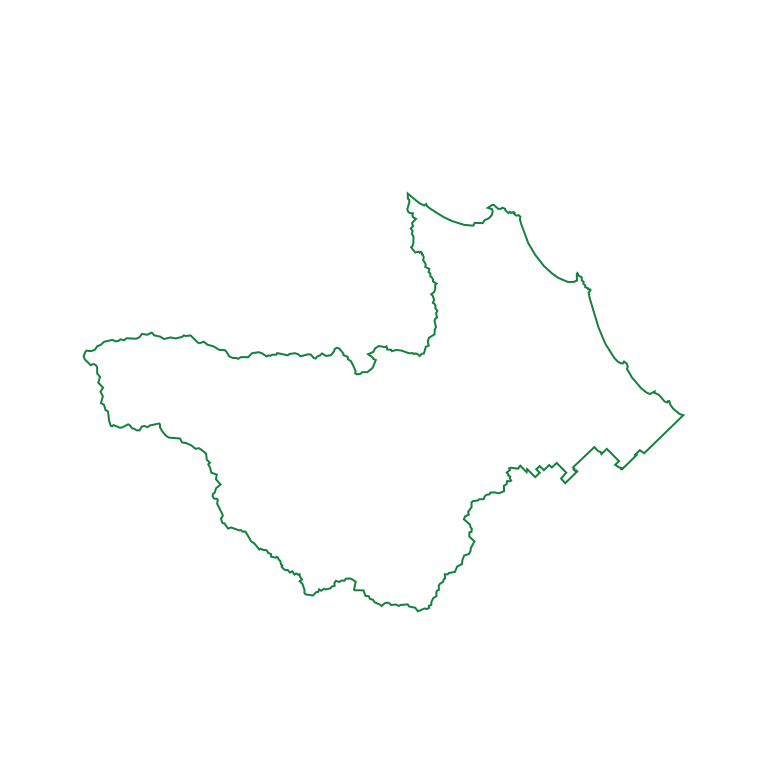 Kempsey, New South Wales, Australia, rotated 306°
{"feature_id": "25037944B28322742618410", "entity_name": "Kempsey", "entity_type": "district", "adm_level": 2, "iso_a3": "AUS", "parent_name": "Australia", "parent_adm1": "New South Wales", "projection": "natural_earth1", "projection_center": [152.697, -30.906], "detail": "fine", "context": "isolated", "style": "outline", "palette": "green", "viewbox_px": 768, "rotation_deg": 306, "n_neighbors": 0, "source": "geoboundaries", "source_scale": "gbopen_adm2", "svg_char_len": 6166}
<svg xmlns="http://www.w3.org/2000/svg" viewBox="0 0 768 768"><g transform="rotate(306 384 384)"><path d="M181.3,400.4L180.1,401.8L179.9,404.0L177.3,407.0L177.4,408.5L175.9,408.7L175.3,412.1L175.7,414.1L176.9,415.4L176.2,418.8L178.6,419.9L177.2,423.5L179.1,424.3L179.3,426.8L180.5,427.5L178.9,429.0L177.6,432.5L174.9,431.7L174.3,435.6L170.5,440.9L168.2,442.4L167.7,444.2L171.2,450.9L175.8,451.5L177.2,453.0L179.7,452.2L179.7,454.6L183.1,455.9L183.4,457.5L187.3,460.8L189.6,460.9L191.7,462.7L193.7,460.9L196.5,460.8L197.5,464.2L200.0,465.1L201.6,467.6L204.0,467.6L206.5,470.5L207.3,472.9L207.4,477.4L200.2,480.5L200.0,481.6L205.0,488.7L201.7,493.5L203.3,496.3L201.9,499.3L203.0,501.9L201.9,504.8L203.2,510.8L202.9,512.5L207.0,513.5L209.0,515.1L209.8,517.8L209.3,519.5L212.5,523.2L213.2,526.5L214.9,527.3L219.6,532.6L218.8,535.2L221.4,540.8L220.0,545.0L226.3,548.8L227.2,551.0L229.3,552.1L230.8,550.7L233.1,552.1L235.4,550.5L239.7,549.7L243.2,551.2L246.3,548.7L247.9,548.4L249.7,549.4L253.1,546.8L255.5,546.7L258.7,548.1L260.9,547.1L262.7,547.6L265.8,545.0L267.4,547.4L269.2,547.5L273.6,551.8L279.3,550.5L284.3,552.9L287.6,550.9L292.4,549.7L296.3,552.6L299.4,552.3L302.3,550.7L309.9,549.6L310.7,542.6L314.2,540.3L315.7,541.7L318.6,540.1L318.9,538.3L320.9,536.0L321.5,528.1L324.4,527.4L328.1,529.4L330.0,527.2L335.9,527.2L339.7,524.4L341.6,524.8L344.8,528.3L346.6,528.6L349.4,532.3L352.2,531.5L354.8,532.1L356.7,534.2L358.7,533.9L361.4,537.3L363.0,541.1L367.9,544.2L372.1,540.8L374.9,542.1L377.9,540.7L379.3,543.1L380.6,543.6L381.7,541.1L383.3,540.6L383.1,538.1L384.1,537.6L384.4,535.4L388.6,536.4L389.3,534.8L390.8,535.7L394.2,542.2L398.0,542.3L396.5,551.2L399.3,549.9L397.5,561.1L403.7,562.2L404.5,557.3L409.1,558.2L408.2,564.0L415.6,565.3L415.1,568.9L421.6,570.1L419.4,583.6L411.6,582.8L410.3,588.9L426.8,591.7L427.0,590.2L426.0,590.0L426.3,587.7L427.3,587.8L427.6,585.9L456.6,591.3L455.6,596.8L456.3,599.4L455.1,601.1L462.5,602.4L459.7,619.5L454.5,618.5L454.7,623.2L455.7,625.5L454.5,625.8L454.8,626.7L474.5,630.0L475.0,630.0L474.5,628.8L480.8,629.9L480.9,635.2L534.7,644.5L533.5,640.9L534.0,632.5L535.5,627.8L537.9,624.8L537.2,623.9L535.6,624.1L534.8,621.4L536.8,612.7L535.9,608.1L537.1,607.3L532.3,605.2L531.4,601.4L531.7,594.7L535.1,580.5L539.1,571.6L541.2,571.1L543.2,568.5L543.0,565.6L544.1,564.9L541.0,565.1L539.9,563.2L539.5,560.2L540.4,555.1L546.7,539.3L555.9,524.2L574.7,499.5L578.4,495.7L580.9,496.1L581.8,495.4L580.6,493.5L581.4,492.9L580.6,489.9L582.2,488.8L582.2,486.4L584.0,485.4L584.0,483.1L586.5,481.3L586.1,477.7L587.4,475.3L586.4,475.2L581.1,479.3L578.0,477.4L574.6,472.7L572.3,462.4L572.2,455.1L573.4,444.2L577.3,430.6L582.7,418.0L594.5,400.3L597.3,397.0L599.6,395.9L599.5,394.0L600.3,394.3L598.0,392.1L598.2,389.0L599.2,389.0L599.2,387.6L597.0,386.3L597.3,384.8L595.5,384.1L595.8,380.2L596.9,378.9L596.3,376.2L594.9,376.0L592.8,373.5L593.4,367.8L592.6,366.4L587.5,364.4L588.9,368.7L587.2,370.7L584.3,371.9L579.8,371.5L575.8,369.1L572.1,369.2L567.7,362.7L564.6,363.2L559.8,355.2L555.8,343.3L554.0,333.6L553.0,317.7L553.4,313.8L554.3,312.3L552.1,311.7L551.1,306.4L552.0,291.3L548.0,294.4L547.8,296.2L546.4,297.4L538.8,300.3L537.5,302.5L537.5,304.6L539.1,307.1L536.9,308.0L536.0,309.4L536.4,312.9L531.6,312.1L530.4,312.3L528.7,314.8L525.5,314.2L524.6,317.2L521.7,318.5L520.7,321.2L515.1,325.0L512.3,326.0L510.6,325.5L508.7,331.9L511.4,334.4L511.2,335.8L512.6,336.1L512.2,337.9L511.1,338.6L511.4,339.4L510.0,341.6L507.3,342.8L505.4,347.4L502.9,348.6L503.8,353.1L500.8,354.2L500.5,356.7L498.2,358.3L498.4,359.9L497.4,362.2L495.8,363.3L496.1,367.6L494.2,367.2L490.6,369.8L487.9,370.5L484.3,369.5L484.0,371.5L481.6,375.1L478.4,375.8L478.5,377.7L477.5,379.7L475.3,381.2L474.6,384.2L471.8,384.6L468.9,387.8L466.8,387.1L464.6,387.9L460.7,392.5L457.6,393.2L453.8,395.7L447.9,393.2L444.2,394.4L441.3,397.6L438.6,396.0L432.0,398.4L430.7,396.8L427.5,396.4L428.0,393.8L427.3,391.5L425.7,390.7L425.9,389.1L423.6,386.3L421.4,378.6L418.8,374.0L415.1,371.0L415.9,369.6L413.8,366.5L415.9,363.9L414.5,363.4L411.7,357.5L407.7,355.9L403.7,356.5L398.7,353.6L398.8,359.3L398.0,360.8L398.6,363.3L390.4,365.3L383.8,363.6L380.6,359.3L378.5,359.1L375.9,356.4L375.7,354.5L377.7,353.5L381.2,347.6L383.1,343.5L382.8,340.5L384.6,338.6L383.5,334.1L384.7,333.4L386.4,327.0L385.6,324.6L383.2,323.5L381.3,324.4L376.0,324.1L372.6,320.6L372.3,315.9L369.6,315.5L367.0,313.8L364.4,313.7L363.7,311.7L364.8,307.5L363.4,305.1L357.3,300.1L357.7,297.2L356.6,293.9L352.7,289.8L350.7,289.4L346.2,279.4L344.3,279.6L342.0,276.3L340.1,275.6L339.4,273.9L337.2,272.7L337.2,267.5L336.0,263.8L331.1,259.0L325.9,258.4L321.7,252.5L318.6,251.2L318.2,249.1L316.2,246.5L315.4,242.6L317.6,237.3L317.8,235.1L314.8,230.6L314.2,223.8L312.0,218.0L312.3,213.4L308.7,210.9L308.1,209.2L309.6,199.0L306.3,195.4L305.7,193.5L303.3,192.9L298.3,188.5L296.1,183.8L291.1,179.6L290.8,175.2L288.3,169.5L289.1,165.9L284.8,163.6L282.2,158.8L278.1,158.7L274.9,156.8L269.7,148.8L266.6,148.0L265.2,144.5L262.8,143.9L260.8,141.8L260.1,138.4L253.6,132.7L249.4,131.9L245.7,129.8L241.8,130.0L238.3,127.6L236.2,123.7L234.4,123.5L230.0,124.6L228.1,127.4L226.8,135.5L229.6,137.4L229.8,140.1L228.9,142.1L223.9,145.8L222.9,150.0L217.1,152.1L215.8,159.0L211.1,159.1L208.8,163.8L202.2,166.2L202.5,169.7L199.1,174.2L199.7,175.8L199.1,177.3L192.7,183.2L189.5,187.6L190.3,189.1L191.8,189.3L193.4,196.1L195.4,198.0L201.0,200.7L201.2,202.9L200.0,206.3L200.9,207.8L201.1,211.1L202.8,213.5L207.2,213.1L209.2,214.8L210.0,218.1L212.9,219.0L219.9,225.3L219.7,226.4L217.3,228.3L215.4,232.4L214.0,237.9L214.2,241.6L220.0,250.9L218.1,255.1L220.0,259.0L221.1,264.3L220.8,269.6L223.4,272.2L223.4,277.4L223.1,281.0L218.6,285.1L218.0,289.4L215.8,289.0L213.9,292.8L210.8,296.3L212.4,302.0L208.2,304.0L206.6,310.9L201.0,309.4L196.4,310.9L194.5,310.2L192.4,311.4L191.4,313.9L192.9,316.3L192.5,317.7L189.1,319.3L183.5,330.1L182.5,331.1L179.0,331.4L176.5,335.3L177.5,336.9L175.3,342.8L178.0,344.5L180.5,353.0L181.7,354.1L181.5,356.5L183.2,358.7L178.6,369.0L178.8,373.0L176.8,380.4L178.1,380.7L178.9,384.2L180.3,386.1L180.2,388.0L179.2,389.3L180.0,392.6L178.0,394.1L179.8,398.5L181.1,398.7L181.3,400.4Z" fill="none" stroke="#15803d" stroke-width="2"/></g></svg>